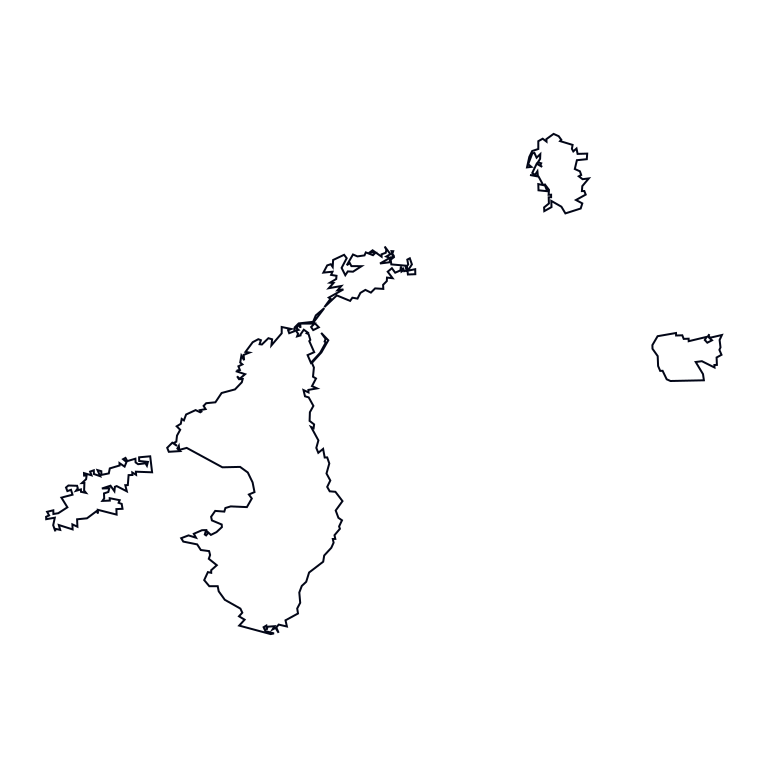 outline of Sandøy nor, Norway
{"feature_id": "86288312B66077972443640", "entity_name": "Sandøy nor", "entity_type": "district", "adm_level": 2, "iso_a3": "NOR", "parent_name": "Norway", "parent_adm1": "", "projection": "albers", "projection_center": [6.483, 62.776], "detail": "fine", "context": "isolated", "style": "outline", "palette": "ink", "viewbox_px": 768, "rotation_deg": 0, "n_neighbors": 0, "source": "geoboundaries", "source_scale": "gbopen_adm2", "svg_char_len": 6085}
<svg xmlns="http://www.w3.org/2000/svg" viewBox="0 0 768 768"><path d="M313.7,322.1L324.3,308.1L315.8,315.4L313.1,321.8L298.7,323.4L294.7,327.4L294.2,331.3L289.2,333.2L288.1,330.2L291.3,329.0L281.7,327.0L281.7,333.3L271.4,345.4L272.1,339.3L268.4,338.2L261.9,344.5L259.6,344.2L260.9,340.2L258.3,339.2L252.7,342.2L245.5,351.9L249.4,352.6L243.6,354.9L244.1,360.2L241.4,355.6L240.2,362.5L242.4,364.4L238.4,366.3L239.9,370.0L238.0,370.3L238.9,372.1L235.7,371.1L245.1,374.2L239.7,378.8L237.1,376.3L239.0,379.2L242.7,379.0L241.8,382.3L235.0,389.4L221.6,393.0L215.4,402.3L206.2,403.2L203.6,405.9L205.6,409.1L200.1,410.1L201.4,411.6L200.3,412.3L195.6,410.1L186.1,414.5L183.9,420.4L181.7,418.9L180.8,423.8L176.7,426.3L180.2,429.8L177.0,435.6L176.3,441.7L173.6,443.0L177.0,445.9L172.3,442.7L167.2,447.8L168.8,451.8L180.1,451.1L177.4,448.5L178.8,445.9L179.3,449.9L186.7,447.9L222.4,467.3L240.1,466.9L247.8,472.5L252.6,482.4L254.5,492.1L248.9,494.5L251.8,498.5L246.9,507.1L230.7,506.4L225.4,508.0L224.3,511.6L215.2,510.9L211.1,516.8L211.9,520.4L221.7,524.5L221.9,527.1L216.5,532.1L210.9,534.9L206.4,530.7L207.9,533.3L206.1,535.4L204.8,534.5L206.1,530.1L202.0,530.2L193.8,533.8L196.0,537.7L188.5,535.4L181.2,538.2L183.3,541.6L197.2,544.4L200.8,550.0L209.1,551.1L210.1,555.0L208.8,558.8L216.8,565.2L211.2,570.2L211.2,572.8L207.9,572.1L204.2,580.1L209.3,586.2L217.7,586.2L218.7,591.3L224.8,599.8L240.4,608.6L242.3,612.7L239.0,616.3L244.6,619.7L239.2,625.6L270.7,634.1L274.0,633.4L265.4,631.1L263.6,627.2L266.3,625.6L266.7,629.8L267.6,626.7L274.6,626.2L272.6,629.4L275.6,627.9L278.6,632.8L276.3,627.5L278.7,624.6L286.9,626.5L285.5,620.3L298.0,613.5L297.2,608.5L300.2,602.8L299.3,592.5L301.8,585.9L306.2,581.8L309.1,572.5L323.2,561.7L324.2,555.5L331.3,547.8L333.6,542.7L332.8,539.0L335.3,538.9L334.5,535.2L339.9,528.8L339.1,526.4L342.0,520.3L338.4,517.8L335.7,510.5L342.5,501.1L335.4,491.8L329.7,491.3L327.2,486.9L330.3,480.5L326.5,473.5L329.3,463.5L327.2,457.4L324.7,457.5L323.1,448.9L318.3,452.8L316.3,447.9L318.4,440.4L311.1,427.0L313.6,428.2L314.1,424.4L309.6,420.9L309.9,412.2L313.4,405.9L308.7,397.4L305.0,396.3L303.5,390.1L308.5,392.4L308.4,389.9L317.0,388.4L312.0,386.1L316.0,378.5L313.0,376.7L313.9,367.5L311.9,362.9L321.4,352.4L328.3,340.3L321.2,332.9L325.6,338.9L324.6,341.6L325.8,342.5L320.1,352.9L310.9,362.8L307.6,355.1L314.2,352.2L309.3,341.1L310.3,339.9L308.6,334.2L306.8,333.3L307.8,332.6L303.8,329.7L300.1,335.1L301.3,335.2L297.1,336.4L298.1,333.7L295.7,330.5L298.5,329.9L296.6,328.2L298.6,324.6L300.5,327.8L300.2,323.6L314.5,323.6L311.1,327.0L313.2,330.1L318.8,327.3L313.7,322.1ZM127.3,461.1L125.5,457.9L123.1,459.2L126.5,462.0L124.6,466.6L119.5,463.1L119.6,465.5L109.8,468.4L108.8,473.4L101.4,474.9L101.3,471.2L97.5,470.1L100.2,476.2L93.9,474.0L93.8,470.3L90.1,471.6L91.5,475.3L84.0,473.1L84.1,475.6L86.6,475.5L86.1,479.2L81.9,483.1L84.4,483.0L84.1,490.5L86.0,492.9L81.0,491.8L80.9,489.4L76.0,490.8L77.8,488.3L77.1,485.8L68.4,485.5L66.0,487.5L67.4,491.1L71.0,489.8L72.5,494.7L61.4,497.6L67.4,507.3L58.3,513.2L53.4,514.0L53.3,510.3L47.1,511.8L49.1,515.4L46.1,516.8L46.2,519.2L54.8,517.7L53.2,525.2L55.3,531.3L55.2,528.8L60.2,529.9L58.8,525.0L72.6,529.4L72.4,524.4L77.4,526.7L77.1,519.3L87.0,518.3L96.6,511.1L98.0,513.5L97.8,509.8L116.6,514.6L116.4,509.1L122.5,508.8L121.7,503.9L118.6,502.8L119.7,500.2L109.7,498.2L109.8,500.6L102.4,500.9L104.2,498.4L104.0,493.4L108.3,492.0L109.3,488.3L101.9,488.5L110.5,485.7L114.4,491.2L114.9,486.8L116.7,486.1L126.8,491.3L125.3,485.2L127.8,485.1L128.6,475.1L132.4,475.0L132.3,472.5L136.1,474.8L135.9,471.7L152.1,472.3L150.2,456.3L139.1,457.3L139.2,461.0L147.9,461.9L146.9,465.7L145.5,463.3L138.1,464.2L135.6,462.4L135.4,458.7L127.3,461.1ZM558.7,136.2L553.6,133.9L546.4,139.1L546.5,141.6L542.7,138.7L538.3,141.2L538.3,149.0L532.2,151.0L529.3,156.9L527.0,167.4L531.4,166.9L528.2,164.2L532.3,153.4L534.4,152.9L536.6,157.7L540.3,154.1L540.1,158.9L537.9,162.3L541.2,163.3L540.3,165.3L542.1,166.9L536.7,163.7L532.3,172.9L535.0,174.9L537.4,171.3L537.9,176.0L530.0,175.0L538.6,176.6L543.2,185.1L538.3,184.1L538.5,190.3L547.2,191.2L544.4,183.8L549.0,189.9L548.6,194.8L551.1,194.7L551.1,197.2L548.7,197.3L548.9,203.5L544.1,207.4L544.3,211.1L551.5,207.1L551.3,200.9L561.4,206.7L565.4,213.4L580.7,208.5L582.3,203.4L576.0,200.0L585.7,194.6L584.3,191.0L581.9,191.1L582.3,186.1L588.8,178.4L582.6,179.2L578.8,176.3L581.2,175.0L579.9,171.3L574.8,169.0L576.9,160.2L586.8,159.2L587.2,153.6L577.6,153.9L576.5,148.5L573.3,151.4L571.9,148.8L572.6,144.9L560.1,141.1L561.3,139.8L558.7,136.2ZM676.0,333.0L657.6,336.2L652.4,345.1L652.5,348.8L657.7,356.1L658.1,366.0L660.2,370.9L662.6,370.8L666.7,379.3L670.5,381.0L703.9,380.3L703.0,374.1L695.7,362.0L701.9,361.2L714.5,367.5L714.4,365.0L716.9,364.9L716.6,357.5L721.5,354.8L719.4,349.9L720.5,347.4L719.6,340.0L721.9,335.0L710.2,337.7L708.6,336.0L709.3,334.2L707.9,336.5L712.0,340.3L707.3,342.7L704.8,340.0L706.6,336.9L688.7,341.2L688.6,338.7L683.7,338.9L682.3,335.3L676.1,335.5L676.0,333.0ZM390.4,254.2L384.7,246.5L386.4,249.9L385.7,252.8L381.6,254.3L381.6,256.7L372.6,250.3L370.0,252.2L375.5,252.7L373.0,255.2L365.8,252.4L364.5,255.4L357.4,256.4L353.0,254.5L346.8,265.2L349.8,263.1L351.4,266.1L361.5,266.2L353.0,271.7L347.8,271.4L345.3,275.2L341.6,267.9L346.7,258.2L344.1,254.8L333.1,260.0L332.7,267.0L330.8,264.2L327.2,265.4L323.4,272.6L332.5,271.7L331.1,274.9L336.5,275.8L336.2,279.0L330.0,282.7L333.5,283.0L328.8,288.2L341.3,286.0L337.6,290.2L343.4,289.4L328.8,297.6L330.5,298.8L324.4,307.1L336.8,295.4L350.1,300.9L352.4,297.7L357.5,298.6L360.4,292.9L365.4,289.9L370.9,292.6L375.1,288.4L383.3,288.9L383.1,284.8L386.8,281.1L387.0,277.6L392.6,278.2L387.7,271.7L391.9,268.2L395.2,272.7L400.4,270.4L400.9,266.5L401.5,271.6L403.2,270.4L402.8,267.6L404.2,271.2L406.6,270.5L405.7,267.0L407.0,266.3L407.9,274.5L415.3,274.2L415.2,269.2L407.8,270.7L411.9,264.4L409.8,258.3L407.3,259.6L408.2,264.5L407.1,265.8L391.3,264.4L390.7,259.6L394.0,257.1L393.7,255.6L392.3,254.0L393.2,251.2L391.5,251.1L393.1,257.3L390.8,257.4L389.4,262.3L380.0,263.5L389.9,257.9L386.3,256.5L390.4,254.2Z" fill="none" stroke="#020617" stroke-width="2"/></svg>